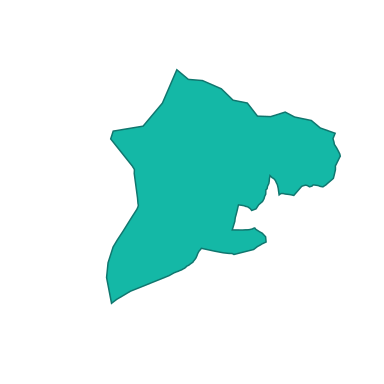 the district of Old Tafo Municipal, Ashanti, Ghana, rotated 130°
{"feature_id": "2480657B10806173713075", "entity_name": "Old Tafo Municipal", "entity_type": "district", "adm_level": 2, "iso_a3": "GHA", "parent_name": "Ghana", "parent_adm1": "Ashanti", "projection": "albers", "projection_center": [-1.61, 6.738], "detail": "fine", "context": "isolated", "style": "filled", "palette": "teal", "viewbox_px": 384, "rotation_deg": 130, "n_neighbors": 0, "source": "geoboundaries", "source_scale": "gbopen_adm2", "svg_char_len": 2384}
<svg xmlns="http://www.w3.org/2000/svg" viewBox="0 0 384 384"><g transform="rotate(130 192 192)"><path d="M55.0,120.1L60.5,134.9L60.5,146.5L68.6,161.6L70.9,172.0L83.7,180.2L91.8,190.6L88.3,206.8L95.3,219.6L94.1,235.8L99.9,255.6L108.1,267.2L108.1,282.2L142.9,271.8L173.0,271.8L196.0,291.5L203.6,288.4L210.5,254.4L211.0,253.0L211.4,251.5L212.0,250.4L215.0,248.1L231.5,230.0L235.6,225.9L236.6,224.6L238.2,223.8L240.7,223.1L249.4,222.0L266.4,219.6L276.7,218.4L284.8,217.1L300.2,210.8L306.2,206.7L312.4,202.5L329.0,182.1L322.7,180.7L307.6,175.4L270.8,155.8L265.2,153.7L264.8,153.4L263.8,152.9L263.0,152.5L262.1,151.9L261.4,151.5L260.2,151.0L259.1,150.3L258.0,149.8L256.5,149.3L255.2,148.7L253.7,148.4L252.7,148.4L252.2,148.3L251.8,148.2L251.2,147.9L250.1,147.4L249.1,147.2L247.7,146.9L246.3,146.5L245.2,146.2L243.9,146.4L242.3,146.4L240.4,146.5L238.8,146.9L237.2,147.4L235.6,148.0L234.2,148.3L232.7,148.6L230.7,148.5L229.1,148.6L222.7,136.5L218.5,129.0L215.3,124.2L213.3,121.7L212.9,119.7L196.4,107.8L191.7,106.8L188.4,105.5L187.0,105.1L182.7,103.1L179.0,106.8L178.7,109.3L178.4,111.7L179.0,114.7L179.6,119.2L179.2,120.8L180.3,121.6L181.5,122.0L184.0,123.9L185.6,125.5L186.4,126.5L188.5,128.7L195.2,136.8L187.0,140.3L184.9,141.7L183.4,142.6L181.3,143.5L178.4,144.9L175.6,146.3L173.7,147.3L172.0,148.1L170.7,146.1L170.2,145.3L169.7,144.4L169.0,143.2L168.7,142.2L168.4,141.3L168.0,140.8L167.5,139.6L167.5,138.9L167.3,137.5L167.4,136.2L167.8,134.4L164.1,132.3L163.7,132.1L159.0,132.7L153.9,131.9L150.8,132.5L148.8,133.5L146.3,134.1L142.9,136.8L141.2,136.6L139.2,137.8L136.1,138.6L133.9,139.9L132.3,141.1L131.5,141.6L130.6,142.0L129.8,142.5L129.3,142.8L129.5,139.8L129.5,139.4L129.2,138.5L129.3,136.8L129.8,135.1L130.8,133.1L131.5,131.4L132.8,129.6L133.8,128.3L136.0,125.9L136.2,125.6L136.9,124.9L138.2,123.4L137.1,123.2L136.0,122.8L135.2,122.0L134.4,120.9L133.7,119.4L131.4,115.9L130.3,114.0L129.2,111.8L117.2,111.6L116.0,111.0L113.7,109.4L112.9,107.8L112.5,105.3L110.4,103.9L108.6,103.7L107.2,101.5L105.9,99.4L105.3,97.4L104.6,96.2L103.9,95.0L101.4,94.3L100.6,94.0L98.3,93.7L95.9,93.3L91.8,92.6L90.6,92.5L89.4,93.1L88.1,93.7L82.8,96.4L82.6,96.6L82.3,96.8L81.1,97.8L79.9,98.9L77.2,99.5L76.2,99.8L73.6,100.4L70.9,101.1L69.3,101.4L67.9,103.2L67.3,104.6L66.9,105.5L65.2,109.7L64.6,111.7L64.0,113.6L62.6,115.2L60.5,118.3L55.0,120.1Z" fill="#14b8a6" stroke="#0f766e" stroke-width="1.5"/></g></svg>